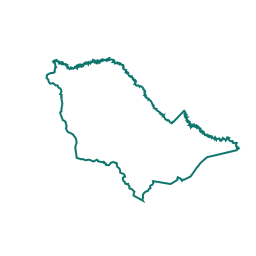 Druvienas pag., Gulbene, Latvia (orthographic projection), rotated 218°
{"feature_id": "27541924B4723463518460", "entity_name": "Druvienas pag.", "entity_type": "district", "adm_level": 2, "iso_a3": "LVA", "parent_name": "Latvia", "parent_adm1": "Gulbene", "projection": "orthographic", "projection_center": [26.23, 57.112], "detail": "fine", "context": "isolated", "style": "outline", "palette": "teal", "viewbox_px": 256, "rotation_deg": 218, "n_neighbors": 0, "source": "geoboundaries", "source_scale": "gbopen_adm2", "svg_char_len": 5904}
<svg xmlns="http://www.w3.org/2000/svg" viewBox="0 0 256 256"><g transform="rotate(218 128 128)"><path d="M167.9,89.1L162.9,87.8L159.7,85.2L157.7,80.3L150.0,72.9L145.5,74.6L144.5,75.7L141.7,76.4L139.1,79.1L134.5,80.4L133.1,83.7L131.8,83.9L131.2,83.3L127.2,85.2L126.4,86.4L125.9,86.5L125.3,85.7L123.8,86.4L122.8,85.3L120.4,86.7L119.9,88.0L120.1,89.7L119.9,90.5L118.3,92.4L116.5,92.6L115.7,93.4L114.7,93.0L114.4,92.2L112.7,90.9L110.1,90.8L108.3,89.9L106.6,88.0L102.9,89.1L101.5,88.7L100.4,87.7L101.1,86.9L101.3,85.2L98.9,83.4L97.3,83.5L96.2,82.6L95.2,82.6L93.5,84.1L92.6,83.2L91.0,83.0L90.2,81.6L89.4,81.3L87.3,82.2L83.7,81.7L82.8,79.1L81.9,78.2L71.6,79.9L72.5,80.3L73.3,82.5L75.2,84.6L75.3,87.2L74.5,89.5L73.6,90.6L73.9,93.2L73.2,94.3L74.6,95.5L74.8,96.4L73.9,98.4L74.0,99.3L74.4,100.6L75.6,101.5L59.9,110.1L57.1,117.6L58.3,119.0L58.4,119.9L55.3,120.5L52.9,119.6L52.8,121.3L51.9,122.0L48.8,128.4L49.4,139.4L49.2,141.9L49.4,145.0L47.7,153.7L28.7,177.4L28.8,178.4L28.1,180.2L29.2,180.5L30.0,179.4L30.8,180.4L31.8,180.3L31.9,181.0L33.1,181.9L33.1,183.1L34.2,182.6L34.6,181.6L36.3,180.9L37.4,182.1L38.0,181.9L38.7,180.8L40.6,180.7L42.4,181.3L42.2,182.4L43.6,182.1L44.1,181.5L43.2,180.5L43.3,178.3L44.2,178.9L46.7,178.6L46.2,178.1L46.8,177.6L46.4,177.3L46.8,175.3L47.6,175.7L48.0,175.0L49.6,176.0L51.5,173.8L51.3,173.3L52.7,174.0L52.6,172.8L53.6,173.6L53.5,173.1L53.9,172.5L55.6,172.7L55.9,171.7L57.0,173.0L57.8,172.5L57.5,172.0L58.4,170.9L59.2,170.7L59.0,171.9L59.4,172.1L61.2,171.1L60.7,170.6L61.6,170.6L61.9,171.1L62.9,169.8L63.6,170.4L65.0,169.9L64.7,170.6L65.4,171.3L67.5,171.5L67.8,171.0L67.4,170.4L68.1,170.5L68.2,169.7L69.0,169.7L69.3,169.9L68.9,170.5L69.0,170.9L70.4,171.1L69.9,171.5L70.4,172.3L72.5,171.7L72.9,172.3L74.2,172.3L73.5,171.7L73.9,171.2L73.5,170.9L73.6,170.5L74.9,171.1L74.8,170.5L75.5,170.4L76.2,171.7L76.9,171.4L76.9,170.6L77.8,171.1L77.6,170.4L77.2,170.2L78.5,170.2L77.8,169.3L78.6,168.7L78.7,167.8L79.5,168.3L79.2,167.3L80.6,168.2L81.2,168.0L80.4,169.2L80.8,169.7L82.0,169.8L82.1,169.0L82.5,169.1L83.1,170.8L84.0,170.8L83.7,170.3L84.3,170.3L84.8,169.3L85.1,169.4L85.3,170.4L85.6,171.0L85.6,170.2L86.7,170.0L86.9,170.4L86.5,170.7L86.6,171.1L87.5,171.9L88.4,171.7L88.1,172.7L88.8,172.2L89.0,172.8L89.6,172.4L89.6,173.2L90.1,173.1L90.1,173.7L91.0,172.8L91.7,173.6L91.1,174.3L91.4,174.8L92.2,174.4L92.2,175.3L92.6,175.7L94.4,176.1L95.9,161.4L96.1,160.3L96.5,160.2L96.3,159.4L96.7,158.5L98.5,158.4L100.5,159.1L101.1,159.0L101.4,158.2L102.3,158.5L103.2,158.0L103.4,158.6L103.4,158.0L104.2,157.9L107.2,159.4L107.6,158.9L107.8,160.2L108.1,159.7L109.1,159.9L109.0,159.4L109.9,159.1L110.1,159.5L111.3,159.2L111.2,159.7L111.5,160.0L116.5,159.6L117.2,160.6L119.0,159.6L119.4,160.0L120.3,159.8L121.3,161.2L122.2,160.9L122.5,161.8L123.2,161.7L126.1,163.2L129.3,163.5L129.4,162.9L130.3,163.7L131.7,163.0L132.5,163.6L133.1,163.3L133.7,164.1L133.9,163.7L135.3,163.7L135.2,165.2L136.2,165.4L136.9,166.3L136.8,166.8L137.4,166.7L137.4,167.5L139.2,168.2L139.7,167.9L140.9,168.8L142.9,169.0L144.7,168.2L144.5,167.7L146.0,168.0L147.1,166.8L148.3,166.5L149.3,167.2L149.8,166.9L149.7,167.7L150.9,168.6L150.9,169.4L150.5,169.6L151.0,169.9L152.2,170.0L152.0,169.2L152.6,169.2L152.7,169.7L153.4,169.2L154.2,169.4L154.5,170.3L155.3,170.2L156.5,170.9L156.5,170.1L158.0,169.9L158.0,170.3L159.0,169.7L161.2,170.6L161.3,171.1L162.4,170.6L162.3,171.6L162.5,171.7L163.7,171.5L163.7,170.9L164.0,170.7L164.0,171.3L164.9,171.5L165.1,172.5L167.6,171.7L168.8,172.2L168.8,172.9L169.2,172.8L169.8,174.1L170.7,173.9L170.9,174.4L171.6,173.8L173.1,174.2L173.5,173.2L174.2,173.7L174.4,173.2L175.2,173.7L176.2,173.4L176.8,172.9L176.3,172.3L177.0,172.1L178.0,170.8L179.1,171.7L180.4,170.7L180.3,171.3L179.6,171.7L179.9,172.2L180.7,171.9L180.8,172.7L181.5,172.7L184.5,170.8L184.6,170.1L185.4,170.1L185.6,170.8L186.3,169.3L186.5,170.1L187.0,169.0L185.9,168.8L186.3,168.5L186.2,167.7L187.6,167.8L188.5,166.6L188.6,167.1L189.1,167.1L189.3,165.6L190.5,166.2L191.2,165.2L190.2,164.5L190.5,163.7L191.9,163.2L190.9,163.0L190.7,161.9L191.6,161.7L191.7,162.0L191.1,162.3L191.8,162.8L192.2,162.0L193.0,161.9L192.0,160.6L193.0,160.4L192.7,159.7L193.6,159.6L193.3,159.9L193.8,161.0L194.4,160.7L194.2,159.8L194.4,159.5L195.1,160.8L197.5,160.2L197.0,159.2L197.1,158.8L196.5,158.4L198.0,157.5L197.5,157.1L197.4,155.6L199.8,155.7L200.0,155.3L198.9,154.6L198.6,153.8L200.1,154.5L201.3,153.7L200.3,153.1L200.6,152.5L201.1,152.3L201.9,153.0L202.2,151.5L201.6,151.0L202.4,151.3L202.5,150.7L202.1,150.5L202.7,150.0L201.7,149.6L201.5,149.1L202.1,148.8L202.7,149.4L203.6,148.9L202.6,148.5L202.4,147.5L202.9,147.4L204.8,148.7L205.7,148.5L204.8,148.5L204.6,147.7L205.8,147.5L206.4,146.4L204.7,146.5L204.8,146.0L204.5,145.7L205.7,145.0L204.8,143.6L205.7,143.6L206.8,144.8L207.3,143.8L206.7,143.5L207.0,142.7L207.5,142.6L207.3,141.8L207.8,140.9L209.0,140.7L209.0,139.9L209.3,139.7L209.7,140.7L210.2,140.5L209.7,139.8L210.4,139.2L210.4,138.5L211.9,138.7L212.5,137.9L213.3,138.6L213.4,139.4L215.0,139.1L214.9,140.2L216.1,139.8L217.3,140.4L216.7,139.7L217.5,138.8L218.4,138.3L218.9,138.6L218.7,139.1L219.6,139.4L219.2,137.8L219.6,137.5L219.9,137.8L219.9,138.6L220.9,138.8L221.2,137.7L220.7,137.3L221.7,137.1L221.9,136.6L222.2,136.9L221.9,137.4L222.6,137.9L223.0,137.0L223.9,137.7L225.2,136.8L226.3,137.6L226.9,136.6L226.6,136.1L227.1,135.9L226.6,135.3L227.9,135.0L227.9,134.1L225.1,133.7L222.9,132.0L222.9,131.6L222.2,131.5L222.5,130.8L222.0,130.4L221.9,129.2L220.3,127.2L220.7,126.8L220.6,125.5L222.5,124.0L224.0,121.5L224.4,119.5L223.7,118.8L223.1,117.3L220.8,117.1L218.6,115.4L216.6,115.0L214.6,117.3L211.1,117.0L209.8,118.2L207.6,117.0L205.7,117.5L203.8,116.6L202.6,115.2L202.3,112.9L200.6,113.2L200.1,111.6L199.0,111.3L199.0,110.5L194.7,106.8L192.0,101.7L190.6,100.1L191.1,98.7L190.4,97.8L184.0,94.0L182.4,94.6L180.6,94.1L180.3,95.0L180.4,94.1L180.0,93.4L177.5,91.7L176.7,89.5L173.2,87.8L167.9,89.1Z" fill="none" stroke="#0f766e" stroke-width="2"/></g></svg>